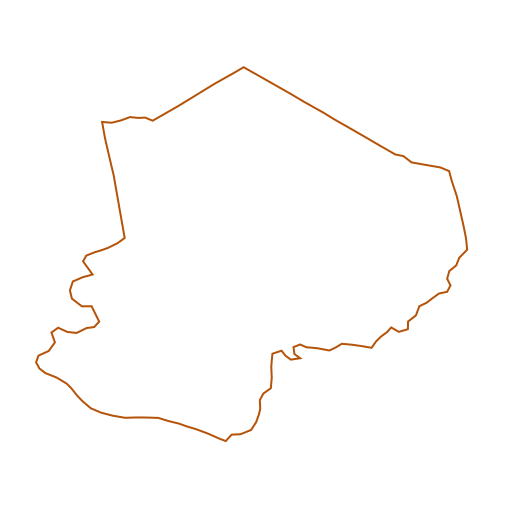 the district of Jaboatão dos Guararapes, Pernambuco, Brazil, rotated 95°
{"feature_id": "56859067B18632556721053", "entity_name": "Jaboatão dos Guararapes", "entity_type": "district", "adm_level": 2, "iso_a3": "BRA", "parent_name": "Brazil", "parent_adm1": "Pernambuco", "projection": "robinson", "projection_center": [-34.985, -8.149], "detail": "fine", "context": "isolated", "style": "outline", "palette": "amber", "viewbox_px": 512, "rotation_deg": 95, "n_neighbors": 0, "source": "geoboundaries", "source_scale": "gbopen_adm2", "svg_char_len": 1683}
<svg xmlns="http://www.w3.org/2000/svg" viewBox="0 0 512 512"><g transform="rotate(95 256 256)"><path d="M403.9,428.4L410.7,422.0L416.0,415.9L422.2,407.1L425.6,396.5L427.5,385.3L428.6,372.5L427.2,360.4L426.5,351.6L425.8,339.3L428.0,329.0L429.7,318.1L431.8,310.0L433.7,300.8L437.1,288.4L440.9,277.3L443.0,270.0L436.1,264.7L434.9,255.9L429.7,245.7L421.6,241.4L413.7,239.3L407.8,238.5L399.1,239.6L392.4,236.7L386.4,229.7L376.1,229.7L365.2,231.1L359.4,231.2L351.9,231.1L348.1,222.3L352.7,218.0L356.2,212.3L354.0,203.1L350.3,209.2L343.5,210.7L340.3,204.3L342.5,197.9L342.5,187.3L343.7,174.6L340.3,168.8L336.0,162.9L336.0,153.0L336.6,142.0L337.4,132.9L330.6,128.9L325.4,124.5L320.3,118.7L315.4,115.1L319.1,107.1L315.7,98.3L308.0,98.8L301.2,91.5L291.8,88.9L287.7,82.0L282.5,76.3L277.5,70.6L275.0,62.5L268.4,59.7L261.9,63.6L254.1,62.1L247.9,55.7L240.1,53.4L231.3,46.2L220.2,48.3L210.2,51.2L202.2,53.7L194.7,56.1L179.1,61.1L164.5,67.4L154.6,71.0L151.7,80.1L150.4,95.7L149.2,109.2L143.6,118.0L142.7,126.1L135.5,141.7L126.8,160.1L112.9,190.2L107.5,201.0L98.4,221.2L94.8,228.7L91.6,235.3L88.0,243.2L69.0,284.8L74.3,292.2L88.2,312.5L102.3,331.5L113.7,347.0L130.2,370.7L127.8,378.5L128.7,385.3L128.6,393.7L132.7,402.3L135.8,411.4L135.9,421.0L151.8,416.7L178.8,407.9L187.4,405.0L249.5,388.4L255.3,395.1L260.9,404.3L263.8,410.7L266.5,417.4L270.4,425.1L276.4,427.8L288.7,417.2L292.3,426.9L297.3,436.2L306.4,438.4L314.5,435.7L321.3,425.1L320.4,415.4L335.0,406.5L340.9,411.0L342.5,418.4L348.3,428.0L348.1,437.3L344.7,446.8L350.0,453.1L359.6,448.8L368.7,454.2L374.2,464.0L381.1,465.8L387.0,461.9L391.0,455.6L394.5,444.0L399.7,433.4L403.9,428.4Z" fill="none" stroke="#b45309" stroke-width="2"/></g></svg>